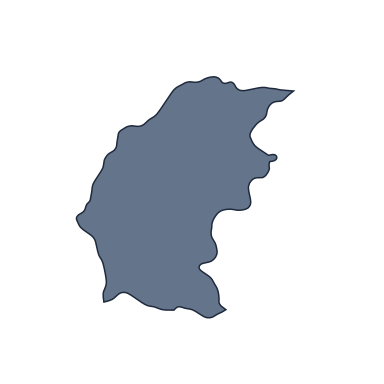 Esperalvillo, Monte Plata, Dominican Republic (orthographic projection), rotated 124°
{"feature_id": "3306468B42523335746622", "entity_name": "Esperalvillo", "entity_type": "district", "adm_level": 2, "iso_a3": "DOM", "parent_name": "Dominican Republic", "parent_adm1": "Monte Plata", "projection": "orthographic", "projection_center": [-70.059, 18.855], "detail": "fine", "context": "isolated", "style": "filled", "palette": "slate", "viewbox_px": 384, "rotation_deg": 124, "n_neighbors": 0, "source": "geoboundaries", "source_scale": "gbopen_adm2", "svg_char_len": 3644}
<svg xmlns="http://www.w3.org/2000/svg" viewBox="0 0 384 384"><g transform="rotate(124 192 192)"><path d="M332.5,203.5L328.9,200.3L326.0,198.3L324.0,197.4L317.9,195.9L316.1,195.0L315.2,194.5L313.8,193.0L312.7,191.3L312.0,189.1L311.7,186.7L311.6,183.0L311.7,171.8L311.5,168.1L311.1,165.7L310.4,163.6L308.3,159.1L306.8,152.8L306.1,150.8L304.7,148.0L300.0,140.9L297.5,140.5L295.8,139.9L295.0,139.3L294.3,138.5L293.4,136.6L292.1,132.4L290.1,127.9L289.4,125.7L289.0,122.2L288.8,115.0L288.7,112.6L288.2,110.4L287.8,109.3L286.7,107.5L285.4,106.0L283.8,104.8L279.1,102.6L274.7,100.0L270.6,98.1L270.3,103.7L269.8,105.6L269.4,106.5L268.9,107.3L268.3,108.0L265.1,110.1L262.6,112.1L260.1,114.5L258.7,116.2L257.4,118.1L255.6,122.0L253.3,126.4L252.7,128.5L252.4,130.7L252.3,132.9L252.3,139.3L252.1,141.2L251.5,143.0L250.9,143.7L250.0,144.2L249.1,144.5L248.1,144.5L247.2,144.3L246.3,143.9L244.7,142.7L240.8,139.0L239.0,137.6L238.0,137.1L236.9,136.7L234.8,136.2L232.6,136.1L230.4,136.5L229.3,136.8L227.3,137.9L225.6,139.4L224.0,141.0L222.5,142.7L221.2,144.6L219.4,148.4L218.5,150.2L217.2,151.7L215.7,153.0L214.0,154.1L211.1,155.4L207.7,157.4L205.8,158.2L202.6,158.9L199.2,159.1L195.9,158.9L193.7,158.4L191.6,157.5L189.7,156.2L187.2,153.8L185.1,151.1L184.0,149.2L181.8,144.3L180.5,142.4L179.1,140.6L177.5,139.0L175.8,137.6L173.8,136.6L172.7,136.4L170.5,136.4L169.5,136.7L167.6,137.6L165.1,139.7L160.5,144.5L158.0,146.8L156.2,148.1L155.2,148.5L153.1,149.1L152.0,149.3L149.8,149.2L147.7,148.8L146.7,148.4L145.0,147.3L143.7,145.9L141.1,142.2L140.5,141.5L138.8,140.6L136.9,140.1L133.8,140.0L130.8,140.4L129.1,141.1L126.6,143.2L125.9,143.6L123.4,144.6L120.7,141.8L119.2,140.9L118.3,140.6L117.4,140.5L116.5,140.7L115.6,141.3L115.0,142.2L114.8,143.1L114.8,144.1L115.1,144.9L116.1,146.4L118.8,149.1L118.9,161.4L118.6,165.0L118.0,167.3L116.5,170.5L113.7,174.8L112.1,176.0L110.0,176.7L107.8,176.9L105.5,177.0L99.6,176.5L96.3,175.6L92.0,173.7L90.9,173.4L88.9,173.2L86.9,173.4L85.8,173.8L82.7,175.1L80.6,175.8L77.5,176.1L75.4,175.9L73.3,175.3L71.3,174.1L69.7,172.5L67.4,169.6L66.0,168.4L64.1,167.6L57.6,166.2L51.5,164.3L57.9,175.8L59.9,180.7L62.8,186.0L64.0,188.9L65.0,190.8L66.3,192.6L68.5,195.1L78.1,204.6L79.4,206.3L80.5,208.2L81.1,210.2L81.1,212.3L80.6,214.1L79.0,217.3L78.7,218.9L78.7,219.8L78.9,220.7L79.2,221.4L79.7,222.0L81.6,223.5L82.8,224.5L83.8,225.9L84.1,226.6L84.3,227.4L84.3,228.2L83.0,232.1L82.8,234.0L83.2,236.1L84.1,238.1L86.2,240.7L88.7,243.0L91.5,244.9L95.2,246.7L97.6,248.6L99.4,250.9L101.8,255.4L103.8,257.6L105.4,258.8L109.1,260.7L112.6,262.6L114.5,263.4L116.7,264.0L119.0,264.3L122.5,264.4L140.3,264.4L143.8,264.5L147.3,264.7L150.6,265.5L155.1,267.6L157.1,268.3L161.2,269.2L163.2,269.8L165.1,270.8L165.9,271.4L167.3,272.8L168.4,274.4L170.7,278.9L172.0,280.4L173.5,281.8L174.3,282.4L176.2,283.4L180.5,285.3L182.2,285.8L183.1,285.9L184.9,285.6L191.9,282.4L196.2,280.2L198.2,279.7L200.2,279.7L201.2,279.9L203.0,280.6L205.6,281.9L207.5,282.6L209.6,282.9L211.7,282.9L213.9,282.7L214.9,282.4L220.3,279.9L222.5,279.3L226.0,279.0L236.8,278.8L240.3,278.5L242.5,277.9L244.4,277.1L247.9,275.2L251.7,273.6L255.0,272.1L256.7,271.7L257.5,271.7L260.5,272.3L261.3,272.3L262.9,272.0L266.2,271.0L268.1,270.9L270.1,271.3L274.1,273.2L274.9,273.4L276.8,273.6L277.7,273.4L278.5,273.0L279.3,272.4L279.8,271.7L282.2,267.8L283.1,266.1L283.7,264.0L284.1,260.7L284.3,251.7L284.6,249.5L285.2,247.4L286.2,245.5L287.4,243.9L294.0,236.9L296.0,234.5L297.1,232.8L298.8,229.0L300.5,226.4L303.3,223.2L307.9,218.5L311.2,215.4L313.9,213.1L315.8,211.9L316.8,211.4L318.9,210.7L324.1,209.6L326.1,208.7L328.9,206.7L332.5,203.5Z" fill="#64748b" stroke="#1e293b" stroke-width="1.5"/></g></svg>